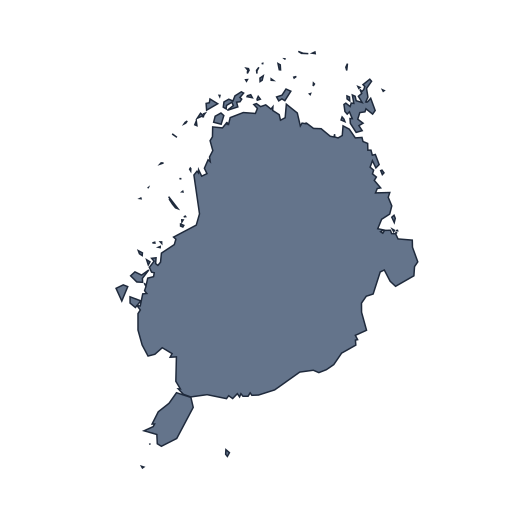 Bohol, Bohol, Philippines, rotated 343°
{"feature_id": "2640588B19040020708567", "entity_name": "Bohol", "entity_type": "district", "adm_level": 2, "iso_a3": "PHL", "parent_name": "Philippines", "parent_adm1": "Bohol", "projection": "equal_earth", "projection_center": [124.147, 9.869], "detail": "fine", "context": "isolated", "style": "filled", "palette": "slate", "viewbox_px": 512, "rotation_deg": 343, "n_neighbors": 0, "source": "geoboundaries", "source_scale": "gbopen_adm2", "svg_char_len": 6127}
<svg xmlns="http://www.w3.org/2000/svg" viewBox="0 0 512 512"><g transform="rotate(343 256 256)"><path d="M348.3,150.8L343.3,143.9L343.2,143.9L343.0,143.7L342.9,144.2L342.2,144.0L338.9,142.4L336.4,144.6L337.3,131.3L329.4,119.7L324.3,132.3L319.1,133.3L319.5,127.6L314.5,121.7L315.8,118.2L313.3,119.9L309.5,114.3L304.1,114.5L301.0,110.4L298.2,110.5L300.5,115.3L297.1,119.5L285.8,115.1L271.8,116.1L268.3,122.0L266.9,119.3L267.2,122.3L266.3,120.4L261.4,123.7L252.3,119.9L249.2,129.3L245.8,132.3L245.5,142.6L240.5,147.7L239.8,152.5L238.3,150.0L232.3,157.0L233.2,162.9L227.4,163.8L226.3,156.8L225.2,159.7L224.3,157.7L220.3,160.4L214.3,199.2L207.9,209.0L182.7,213.8L184.3,216.5L181.2,221.2L166.4,225.6L162.9,234.0L159.4,236.3L157.8,233.9L159.9,228.5L155.5,227.7L157.0,231.2L150.7,235.7L151.4,240.9L153.8,242.3L152.0,245.8L146.0,245.5L142.1,252.4L141.2,249.2L141.9,252.9L139.3,256.6L140.6,259.9L136.6,259.1L130.7,269.9L127.8,268.8L129.6,273.8L126.3,276.6L121.5,292.3L121.1,307.8L123.5,320.1L130.6,320.4L139.5,316.3L147.2,324.8L144.3,327.7L150.4,329.2L142.7,352.4L144.8,361.0L142.8,360.3L146.1,367.0L152.4,371.7L168.7,374.3L186.1,383.8L189.0,381.6L192.0,385.5L197.9,382.2L199.1,385.9L201.3,383.3L202.5,386.3L207.4,387.8L210.4,385.2L211.3,388.0L217.8,389.7L234.7,389.5L263.9,379.8L277.4,382.0L282.0,385.9L290.0,385.3L298.6,382.6L309.5,373.9L325.4,370.4L326.5,365.5L328.7,365.7L327.8,360.9L340.0,359.3L340.5,340.7L343.1,331.9L349.7,326.7L356.9,326.6L370.1,307.6L374.6,306.9L376.9,319.4L380.6,325.8L401.2,321.1L404.5,312.5L409.0,308.9L408.2,293.4L410.1,286.5L396.8,281.2L396.0,275.6L392.2,274.2L392.1,270.7L386.4,269.1L383.9,271.3L382.2,269.2L385.5,268.3L380.4,265.5L386.9,257.6L396.1,255.0L400.5,247.8L399.6,238.5L402.5,234.4L388.7,230.6L391.7,226.9L395.1,227.3L391.2,218.3L394.2,215.7L391.4,211.5L393.6,208.3L391.1,204.4L395.2,198.9L396.4,206.8L400.5,204.6L399.8,193.8L396.7,193.6L396.9,188.4L393.9,187.5L395.7,181.0L391.8,177.8L392.0,173.6L385.5,172.1L382.3,162.0L377.3,157.0L373.7,166.0L369.0,167.1L366.1,165.2L366.8,162.5L365.4,165.0L362.0,163.2L355.5,153.3L348.3,150.8ZM140.0,363.5L129.8,371.4L117.0,376.4L107.5,386.3L109.9,387.0L107.8,389.1L97.8,390.4L109.0,397.7L106.7,406.7L109.9,410.3L126.9,407.3L151.7,382.4L152.4,372.2L140.0,363.5ZM416.5,120.2L408.4,123.4L409.6,125.7L407.7,128.4L405.4,129.6L404.1,127.1L404.6,131.5L400.6,133.2L402.4,140.3L397.2,136.8L397.5,132.2L395.2,130.2L394.2,138.7L391.8,137.6L389.7,140.6L386.6,136.1L384.4,136.8L383.3,143.8L384.7,147.0L387.5,145.4L388.2,152.8L386.1,152.0L385.0,156.8L387.9,167.1L394.2,167.2L392.5,161.4L397.2,160.3L393.3,154.9L397.2,149.2L402.3,150.0L404.2,147.4L409.0,154.4L412.5,151.7L411.8,138.7L408.0,141.1L406.9,141.3L406.0,140.8L409.5,136.8L410.7,128.1L417.6,122.7L416.5,120.2ZM290.0,94.7L282.7,96.7L279.3,101.0L275.8,98.1L270.4,99.3L268.2,104.1L270.5,106.6L271.8,103.4L277.9,101.9L278.3,105.5L271.2,108.3L282.2,108.1L282.4,103.2L285.8,103.8L288.2,101.8L287.0,99.7L291.8,96.6L290.0,94.7ZM120.6,244.8L112.7,246.0L114.5,259.8L124.4,247.8L120.6,244.8ZM130.3,238.3L134.4,246.0L139.9,248.0L140.8,244.2L149.4,238.0L141.0,240.8L135.6,235.8L130.3,238.3ZM123.6,258.2L121.8,264.2L125.6,270.0L132.7,265.2L123.6,258.2ZM333.5,105.1L327.9,109.8L322.2,109.9L323.1,114.3L326.7,113.3L329.0,115.9L337.5,108.6L333.5,105.1ZM257.9,92.4L256.2,95.8L252.9,95.5L251.4,102.1L263.9,99.2L257.9,92.4ZM264.3,109.0L257.8,110.4L254.6,115.7L261.2,119.8L266.3,112.3L264.3,109.0ZM170.6,432.4L169.0,436.7L170.0,439.3L173.1,436.3L170.6,432.4ZM399.9,257.4L397.2,258.6L398.0,264.4L400.2,260.7L399.9,257.4ZM244.7,103.3L240.1,107.1L246.6,106.3L244.7,103.3ZM298.1,100.2L294.7,100.2L294.0,101.0L298.8,103.6L298.1,100.2ZM315.6,85.8L311.8,87.0L310.9,90.4L313.3,89.7L315.6,85.8ZM195.2,188.0L189.8,173.7L190.7,177.4L189.6,176.1L191.3,182.0L193.1,186.4L195.2,188.0ZM333.3,78.4L332.7,84.7L333.9,85.2L335.1,80.3L333.3,78.4ZM152.9,230.6L150.3,227.6L150.4,233.0L152.9,230.6ZM379.0,148.2L377.1,150.8L380.3,153.5L380.1,150.7L379.0,148.2ZM402.7,213.9L401.6,210.7L400.2,210.8L400.6,215.1L402.7,213.9ZM389.8,129.5L389.0,132.4L391.0,135.1L391.9,131.3L389.8,129.5ZM304.8,104.0L302.8,106.3L302.8,107.4L306.0,107.3L304.8,104.0ZM237.6,114.1L238.4,109.4L235.8,112.6L237.6,114.1ZM145.0,216.5L145.2,219.8L147.3,222.3L148.3,219.8L145.0,216.5ZM195.9,205.6L193.2,203.4L192.6,205.3L194.5,206.9L195.9,205.6ZM215.1,119.4L212.0,115.2L211.5,114.8L215.1,119.4ZM397.0,105.1L399.7,98.8L397.1,101.7L397.0,105.1ZM372.0,78.1L369.1,78.5L371.8,79.8L372.0,78.1ZM324.0,93.2L322.3,91.0L321.9,92.4L324.0,93.2ZM87.0,425.0L85.0,423.6L85.4,425.5L87.0,425.0ZM356.3,72.7L358.7,75.5L365.2,77.8L360.3,75.9L356.3,72.7ZM395.9,271.9L394.2,270.1L394.8,273.1L395.9,271.9ZM195.1,201.8L196.9,200.2L195.6,199.7L195.1,201.8ZM360.4,110.1L362.2,108.6L361.5,107.3L360.4,110.1ZM404.8,125.2L403.0,123.7L403.3,125.8L404.8,125.2ZM310.2,81.8L311.0,79.2L313.9,76.4L310.8,78.6L310.2,81.8ZM427.0,135.3L425.5,134.0L425.8,135.7L427.0,135.3ZM218.4,155.6L219.2,153.4L218.9,152.7L217.9,153.6L218.4,155.6ZM301.5,73.5L302.4,75.7L303.3,75.7L303.6,74.6L301.5,73.5ZM299.4,84.8L297.6,84.4L298.0,86.1L299.4,84.8ZM304.2,75.8L301.9,76.9L301.1,78.9L304.2,75.8ZM347.0,96.1L344.4,96.0L344.5,97.0L347.0,96.1ZM167.2,218.9L165.2,219.1L166.8,220.0L167.2,218.9ZM169.5,216.4L169.9,214.9L168.6,214.5L169.5,216.4ZM163.1,214.1L163.2,213.2L160.8,213.2L163.1,214.1ZM355.7,116.6L354.5,116.6L355.0,117.5L355.7,116.6ZM249.1,104.6L247.6,104.7L247.8,105.6L249.1,104.6ZM194.7,140.0L192.5,139.2L191.0,140.1L194.7,140.0ZM200.0,197.2L198.4,197.5L200.2,197.8L200.0,197.2ZM398.8,272.8L397.2,272.6L398.8,273.3L398.8,272.8ZM229.7,106.8L227.3,107.5L225.8,108.7L227.6,108.4L229.7,106.8ZM317.7,73.7L318.7,74.0L318.8,73.7L317.7,73.7ZM207.2,160.2L205.4,159.6L206.5,160.2L207.2,160.2ZM397.7,275.3L396.7,274.5L396.6,274.9L397.7,275.3ZM204.9,172.6L203.9,173.0L204.9,173.4L204.9,172.6ZM268.5,91.9L267.7,91.6L267.9,92.9L268.5,91.9ZM162.8,166.9L161.7,167.1L162.8,167.6L162.8,166.9ZM342.0,76.1L340.9,75.7L341.1,76.0L342.0,76.1ZM246.2,107.0L245.3,107.3L247.0,107.6L246.2,107.0ZM172.8,159.1L172.6,159.6L173.1,159.0L172.8,159.1ZM99.4,404.2L99.4,404.3L99.5,405.4L99.6,404.8L99.4,404.2Z" fill="#64748b" stroke="#1e293b" stroke-width="1.5"/></g></svg>